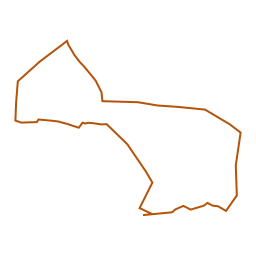 the district of Barh-El-Gazel Sud, Barh El Gazel, Chad
{"feature_id": "50815135B11223303174297", "entity_name": "Barh-El-Gazel Sud", "entity_type": "district", "adm_level": 2, "iso_a3": "TCD", "parent_name": "Chad", "parent_adm1": "Barh El Gazel", "projection": "albers", "projection_center": [16.372, 13.697], "detail": "fine", "context": "isolated", "style": "outline", "palette": "amber", "viewbox_px": 256, "rotation_deg": 0, "n_neighbors": 0, "source": "geoboundaries", "source_scale": "gbopen_adm2", "svg_char_len": 759}
<svg xmlns="http://www.w3.org/2000/svg" viewBox="0 0 256 256"><path d="M240.6,132.6L229.6,124.2L205.0,109.6L178.0,106.9L157.7,105.5L137.8,102.2L102.5,101.2L102.2,99.3L101.5,92.3L95.8,80.9L95.4,80.4L95.3,80.2L85.1,67.7L79.7,61.9L74.6,55.3L68.3,44.7L67.1,40.9L57.1,48.5L40.1,61.3L17.8,81.3L16.1,102.7L15.4,120.6L21.4,122.6L36.8,122.1L38.5,119.5L46.0,120.2L53.5,120.9L58.9,121.6L61.8,122.5L66.9,123.8L73.1,125.9L78.8,127.7L82.6,122.7L85.1,123.5L88.5,122.8L94.0,123.3L101.2,124.4L106.7,124.2L127.3,144.2L145.8,171.4L152.4,182.6L139.6,208.1L152.3,214.1L143.0,215.1L172.1,212.3L175.4,209.4L183.4,205.9L190.7,209.6L203.8,205.7L207.5,202.9L212.8,205.7L217.9,206.2L226.0,210.9L236.8,195.5L235.8,165.3L240.6,132.6Z" fill="none" stroke="#b45309" stroke-width="2"/></svg>